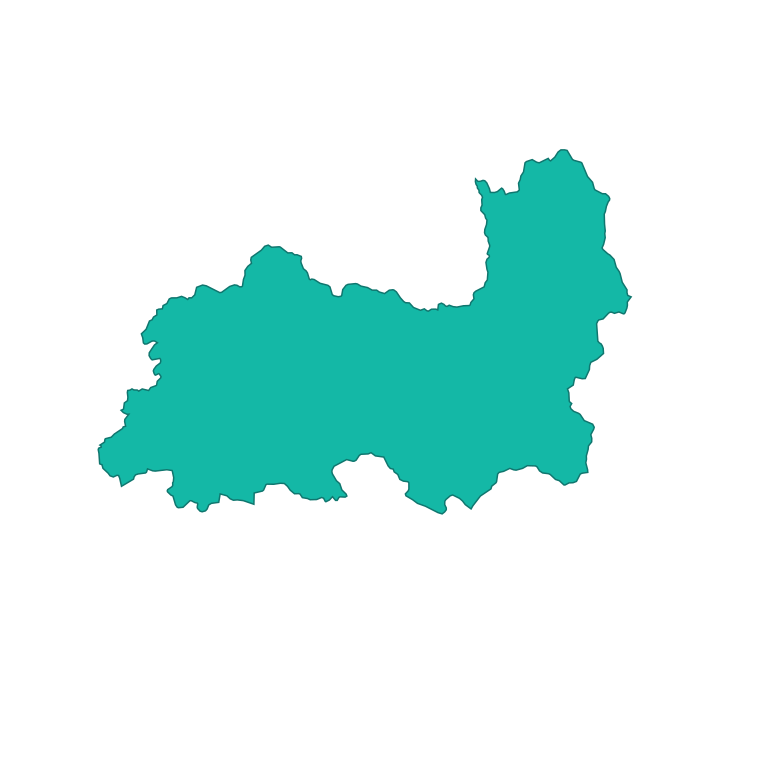 the district of Thach An, Cao Bằng, Vietnam, rotated 151°
{"feature_id": "81297802B24341511138047", "entity_name": "Thach An", "entity_type": "district", "adm_level": 2, "iso_a3": "VNM", "parent_name": "Vietnam", "parent_adm1": "Cao Bằng", "projection": "natural_earth1", "projection_center": [106.311, 22.48], "detail": "fine", "context": "isolated", "style": "filled", "palette": "teal", "viewbox_px": 768, "rotation_deg": 151, "n_neighbors": 0, "source": "geoboundaries", "source_scale": "gbopen_adm2", "svg_char_len": 6165}
<svg xmlns="http://www.w3.org/2000/svg" viewBox="0 0 768 768"><g transform="rotate(151 384 384)"><path d="M341.3,240.4L339.3,242.4L334.0,243.3L332.9,244.0L328.2,250.2L326.1,250.9L321.7,249.6L314.9,249.2L312.1,246.0L310.2,244.6L303.6,243.0L298.3,243.1L291.2,238.9L290.3,237.3L290.1,232.6L288.4,229.3L283.6,225.8L282.5,224.3L280.3,217.4L277.5,214.4L275.6,208.5L274.6,207.9L270.1,207.8L266.5,206.0L262.9,205.5L256.0,210.1L253.9,209.9L248.6,207.9L247.5,210.3L245.7,217.3L243.4,220.0L241.9,223.0L237.2,227.8L235.2,230.7L230.4,232.7L228.6,235.8L227.7,239.4L222.4,242.9L221.1,244.3L221.0,247.7L226.6,254.9L227.2,262.3L228.0,264.0L231.4,268.2L232.6,271.9L232.1,274.2L229.3,275.9L230.3,278.5L230.2,279.4L226.6,286.7L225.9,290.8L219.0,291.3L215.5,295.5L213.7,296.9L212.9,296.9L208.1,292.5L205.3,291.2L197.4,297.0L195.2,300.4L192.6,302.7L185.8,302.4L177.2,304.3L175.0,308.9L174.6,311.5L174.7,313.9L175.7,315.5L176.2,317.8L168.8,333.7L166.5,335.4L165.0,335.9L160.8,334.7L153.3,337.1L151.5,337.2L150.1,336.5L148.2,334.1L143.6,333.1L140.6,329.3L139.8,329.0L138.7,329.4L134.8,332.6L132.9,334.9L131.5,337.7L125.6,340.4L127.9,343.3L127.1,346.3L125.8,348.5L126.3,357.5L124.0,366.1L123.8,368.5L124.3,373.5L122.4,381.4L123.9,387.2L125.2,389.5L127.3,395.5L127.3,397.3L124.2,399.7L119.6,404.7L118.0,408.5L116.3,410.6L113.6,416.9L109.0,425.8L106.8,427.5L103.4,431.5L99.6,434.6L97.6,435.5L96.7,436.7L96.6,438.0L96.6,439.3L98.0,443.0L100.8,444.6L105.3,451.4L105.4,452.9L103.8,459.3L105.4,466.8L103.8,481.4L104.3,482.5L109.5,487.6L110.3,489.1L110.6,499.5L112.5,501.2L115.8,503.0L119.3,502.5L124.6,499.6L130.1,498.4L130.8,499.4L131.0,501.7L141.0,502.2L142.9,503.9L145.6,508.4L151.6,509.5L153.4,509.1L159.2,501.8L163.4,499.6L165.9,496.6L169.0,494.4L171.6,488.1L174.2,487.4L181.6,490.2L185.6,490.6L185.9,491.3L185.4,494.4L185.6,497.3L186.2,498.3L191.6,497.3L194.5,497.9L198.1,500.0L197.1,503.8L196.6,510.1L197.3,512.9L198.7,514.1L201.6,514.6L203.7,515.8L204.5,518.9L206.0,516.6L206.7,513.9L206.5,511.8L207.3,510.2L207.0,507.4L208.0,505.3L207.1,501.7L207.3,499.6L209.2,497.8L211.5,492.9L213.9,491.1L215.2,488.7L213.8,483.2L214.7,479.9L214.5,477.4L217.0,473.8L220.9,470.3L222.7,467.6L223.1,465.3L222.0,461.7L223.6,458.4L224.3,454.1L225.0,452.9L230.5,448.0L230.6,447.2L229.7,445.8L229.8,444.7L230.9,443.8L233.4,443.2L235.9,440.9L238.3,434.5L238.9,431.4L243.2,424.9L246.4,423.5L249.3,420.4L258.8,420.7L261.0,420.2L262.6,418.7L264.0,414.9L268.5,413.2L270.2,411.5L271.2,411.2L276.6,413.9L282.9,415.9L286.0,418.1L288.8,421.3L291.3,421.3L292.4,422.4L293.0,424.6L294.6,426.9L297.8,427.2L301.1,422.7L302.3,424.3L306.2,426.4L309.9,426.2L311.0,427.3L312.3,430.2L316.4,430.8L321.1,436.6L322.5,442.6L325.8,444.7L326.8,446.6L327.9,451.4L328.5,458.5L329.7,461.3L330.5,462.1L333.9,463.5L339.6,462.8L343.5,466.7L344.9,469.6L348.8,471.8L351.6,476.3L356.7,480.8L358.7,484.3L360.2,485.6L367.2,488.6L369.4,488.7L374.3,486.6L378.0,482.0L379.1,481.6L381.7,482.5L385.1,485.5L385.9,487.3L384.2,495.1L385.2,497.5L391.1,503.1L394.4,509.2L396.3,510.8L397.9,510.9L398.5,511.9L397.1,518.3L397.3,520.7L398.6,523.9L397.8,530.0L397.1,532.0L395.1,533.9L394.5,535.7L397.4,539.2L399.6,540.3L400.9,543.4L404.6,545.3L408.3,554.0L409.1,554.8L416.0,558.1L417.9,561.6L421.6,562.3L426.4,560.5L438.7,559.1L440.4,557.1L441.4,553.8L446.1,552.9L450.6,550.7L452.8,546.5L456.2,543.6L460.3,538.3L461.2,538.0L463.1,538.9L464.7,541.6L466.8,543.2L471.7,544.1L481.5,542.9L483.3,543.5L491.8,556.0L494.7,558.5L501.0,559.4L506.3,553.7L510.4,552.6L512.8,553.9L514.7,553.1L516.3,556.0L518.6,558.8L523.5,559.8L528.3,562.4L530.6,562.5L534.9,559.6L539.2,559.7L541.4,557.2L544.8,558.7L546.9,558.9L549.2,554.5L553.1,554.3L555.7,552.6L558.6,552.8L565.5,547.2L571.9,545.5L572.6,541.4L574.5,536.6L573.9,534.9L571.9,534.0L566.2,534.0L564.5,533.3L563.7,532.7L562.2,529.9L565.7,529.5L570.5,527.1L574.2,525.1L575.7,522.7L575.7,519.3L575.1,517.5L567.7,515.1L567.5,514.0L568.1,512.3L569.4,510.9L574.5,510.1L578.0,508.5L579.4,507.3L580.0,504.5L579.9,503.0L579.5,502.5L576.0,502.3L575.7,501.9L575.4,498.7L576.3,497.6L581.0,496.3L583.4,493.3L584.2,493.1L589.8,494.0L593.0,492.4L597.9,496.9L602.0,496.7L602.7,498.3L605.7,500.1L606.8,501.9L609.1,501.8L611.3,502.6L612.6,501.0L614.4,496.6L616.4,493.8L620.3,493.3L624.0,488.3L626.7,488.5L625.8,485.3L623.4,482.1L621.8,481.3L627.8,478.7L629.0,477.0L630.5,472.3L632.9,472.9L634.3,471.8L644.0,471.0L648.3,469.7L654.1,471.2L654.8,471.0L656.6,468.7L662.1,468.3L661.4,467.1L661.9,465.9L664.7,466.2L665.8,465.1L666.9,461.6L671.4,452.0L669.8,450.1L670.7,446.5L668.5,439.7L668.1,436.5L665.8,433.9L661.8,433.6L660.5,432.6L660.9,429.5L663.2,421.8L649.2,422.2L647.6,423.9L645.4,425.0L642.6,424.5L635.7,421.8L634.4,422.1L632.0,424.4L628.4,420.2L626.2,418.7L615.5,414.3L611.2,411.0L613.3,404.1L615.6,400.7L616.8,400.0L617.9,397.8L619.1,397.0L624.4,396.5L625.4,395.6L625.6,394.6L624.3,390.3L622.9,388.3L624.9,379.4L624.6,376.4L623.7,375.4L619.5,373.6L610.3,376.0L609.1,375.3L606.9,372.0L605.0,370.3L605.0,369.5L607.1,366.8L607.4,365.5L606.5,361.9L605.0,360.4L601.6,359.6L599.3,360.4L595.9,363.2L592.8,363.3L585.9,360.6L580.6,367.3L575.6,362.4L574.2,358.2L572.1,355.4L568.4,353.7L563.6,350.2L556.1,341.9L550.4,351.6L542.2,349.3L540.7,349.6L536.0,353.2L534.8,353.1L529.1,349.8L522.7,347.4L519.4,345.3L518.0,341.3L517.5,336.6L515.5,331.4L511.6,329.4L510.8,328.4L510.5,324.2L506.4,320.9L504.7,318.6L498.9,315.6L493.6,315.0L492.2,313.4L492.3,309.8L491.9,309.2L488.0,309.0L483.7,310.4L482.8,305.7L481.3,304.9L478.5,306.6L477.3,306.7L472.8,303.9L470.8,304.0L470.5,306.1L472.2,311.8L471.0,318.3L472.5,322.4L472.7,330.3L472.2,332.4L471.0,334.1L467.5,336.3L453.3,336.0L448.5,331.4L447.2,330.9L445.3,330.9L440.3,333.5L438.2,333.7L431.7,330.5L428.6,330.2L426.4,325.3L419.6,320.2L420.1,310.3L419.4,307.0L417.2,305.1L417.7,302.2L415.8,298.2L416.4,292.9L414.2,289.7L410.8,287.2L410.2,286.3L410.2,285.4L413.2,280.0L414.7,278.8L418.6,277.5L419.0,275.6L415.1,269.0L412.6,263.4L407.0,257.0L399.2,245.4L396.1,242.2L393.0,242.7L390.5,243.8L389.6,245.4L389.4,249.0L387.7,251.9L386.0,252.9L380.2,254.1L377.7,253.6L373.4,247.4L372.0,243.5L371.4,239.1L368.4,232.5L365.3,234.4L354.0,239.3L341.3,240.4Z" fill="#14b8a6" stroke="#0f766e" stroke-width="1.5"/></g></svg>